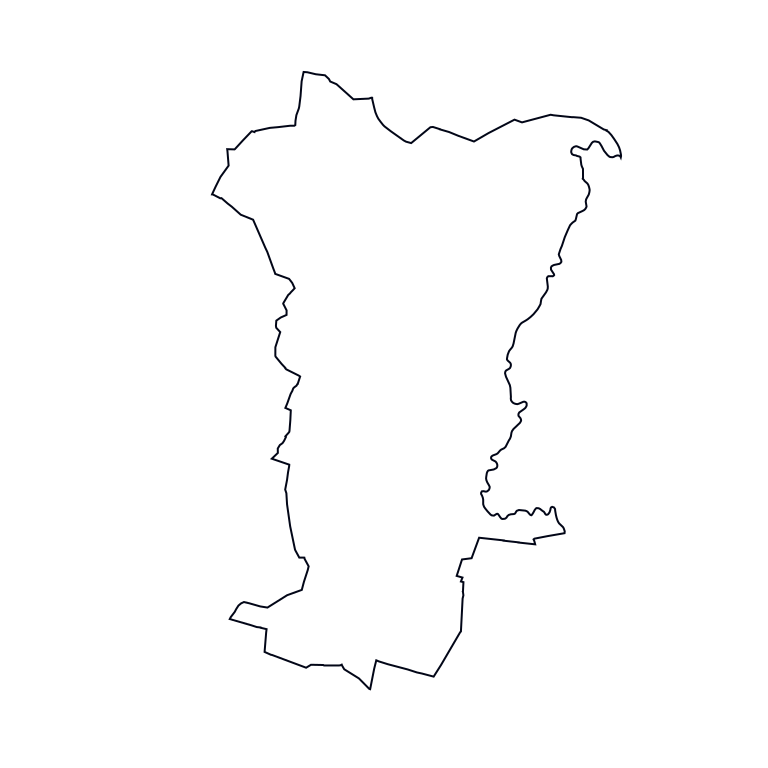 the district of Sokolku pag., Vilanu, Latvia, rotated 192°
{"feature_id": "27541924B1096385045081", "entity_name": "Sokolku pag.", "entity_type": "district", "adm_level": 2, "iso_a3": "LVA", "parent_name": "Latvia", "parent_adm1": "Vilanu", "projection": "orthographic", "projection_center": [26.989, 56.509], "detail": "fine", "context": "isolated", "style": "outline", "palette": "ink", "viewbox_px": 768, "rotation_deg": 192, "n_neighbors": 0, "source": "geoboundaries", "source_scale": "gbopen_adm2", "svg_char_len": 6151}
<svg xmlns="http://www.w3.org/2000/svg" viewBox="0 0 768 768"><g transform="rotate(192 384 384)"><path d="M591.6,533.7L590.8,533.8L582.7,531.6L581.8,532.0L581.6,532.0L574.4,528.0L569.8,525.8L559.3,519.8L546.2,517.5L528.5,492.7L525.6,488.9L516.4,474.1L513.8,470.1L513.3,469.1L498.7,467.1L494.8,463.8L491.3,459.1L492.5,457.0L494.1,454.5L494.9,452.9L496.2,451.2L499.2,442.4L499.3,441.6L494.6,435.8L493.7,431.3L498.8,427.6L502.5,423.6L501.8,418.4L501.1,416.6L496.3,413.2L497.9,397.4L496.2,389.2L495.8,388.3L488.4,382.4L483.8,379.2L483.8,378.8L482.6,378.0L469.1,374.5L467.6,373.9L468.4,366.2L468.6,366.2L469.3,364.1L470.5,362.8L471.6,361.4L471.9,360.6L472.1,359.4L472.2,358.4L472.9,356.1L473.3,354.6L474.6,344.8L475.5,340.1L469.7,338.9L468.1,329.1L466.7,318.5L466.7,317.5L467.1,316.6L469.6,312.3L468.9,311.8L469.9,307.7L470.6,305.9L471.0,305.0L473.2,302.6L474.5,298.8L473.5,294.5L478.2,287.6L459.9,285.4L459.7,284.2L459.5,277.6L458.9,270.0L458.7,260.2L456.8,256.9L453.8,246.1L446.2,225.3L436.7,203.7L436.1,202.8L430.8,196.6L425.8,197.6L425.2,196.3L419.8,190.0L419.9,186.2L421.2,173.8L421.6,165.5L434.8,157.3L451.5,141.1L458.8,140.7L470.3,141.5L475.7,141.6L478.2,139.7L480.3,137.0L481.8,133.0L482.6,130.1L485.4,124.2L486.0,122.0L463.6,120.4L457.9,119.8L454.1,120.2L454.0,119.9L447.9,119.8L447.6,116.5L445.1,97.1L438.1,95.6L437.4,95.7L401.2,90.3L397.0,94.2L385.0,96.5L384.1,96.2L370.4,99.1L368.3,99.7L367.0,100.7L366.4,99.8L363.6,96.7L347.3,90.8L335.0,82.7L334.1,82.6L334.1,82.9L334.4,103.5L334.1,112.1L331.4,111.6L321.9,110.7L301.4,109.7L291.8,108.7L286.8,108.7L274.6,108.1L269.8,121.0L257.9,157.0L257.3,157.9L262.5,190.5L262.4,193.8L263.5,196.9L263.7,197.2L263.6,197.3L265.1,206.7L267.7,206.8L267.0,211.0L273.0,211.4L271.2,228.6L262.1,231.8L259.0,253.4L234.4,255.9L234.4,255.6L219.4,257.1L219.4,256.9L202.8,258.6L204.3,261.6L205.4,263.1L204.7,264.0L192.4,269.2L176.4,275.6L176.6,277.5L178.2,280.2L179.1,281.2L183.8,284.1L185.2,285.6L186.3,287.2L187.4,289.1L188.6,291.6L190.2,295.6L190.7,297.3L192.1,298.6L194.0,298.8L195.0,297.9L195.2,297.0L195.1,295.3L195.4,292.9L196.0,291.5L196.4,290.7L197.2,290.1L198.2,289.8L199.4,290.5L200.1,291.4L201.1,292.3L202.5,292.8L205.3,294.2L206.8,294.6L208.8,294.4L209.5,293.9L210.4,292.1L211.2,289.2L212.0,287.1L212.5,286.3L213.3,286.3L214.2,286.7L217.0,288.9L218.2,289.3L219.5,289.5L225.8,288.8L227.7,287.6L228.1,286.9L228.7,285.0L229.1,284.3L229.9,283.8L232.9,282.9L234.7,281.9L235.8,280.5L236.4,278.8L237.2,277.8L237.8,277.3L240.1,276.6L241.1,276.7L241.8,277.2L242.9,278.1L244.4,279.6L245.5,280.5L246.3,280.6L247.0,280.2L249.1,278.1L251.3,277.9L252.6,278.4L256.3,281.0L259.0,283.2L260.4,284.5L261.3,285.8L262.0,287.1L262.9,291.4L263.7,293.3L264.9,295.2L266.2,296.7L266.4,298.0L265.9,299.4L264.1,299.9L262.7,299.8L261.6,300.0L260.6,300.6L259.3,302.4L259.1,303.8L259.1,304.6L259.3,305.5L260.3,306.8L262.5,309.2L263.8,311.1L264.5,312.8L264.7,314.5L264.9,318.1L264.7,319.5L264.3,320.6L263.8,321.2L258.9,323.2L256.6,325.1L256.2,326.0L256.1,327.2L256.3,328.3L256.9,329.5L257.8,330.6L258.9,331.4L262.6,332.4L263.3,332.9L263.8,333.6L264.0,334.6L263.8,335.4L263.1,336.3L262.4,336.9L259.4,338.8L258.4,339.8L256.6,343.1L255.7,344.2L253.2,346.1L252.0,347.8L250.1,354.9L249.4,356.7L249.0,359.1L249.2,362.8L249.0,364.5L248.0,366.9L243.0,374.2L242.4,375.9L242.3,376.8L242.7,377.9L243.5,379.0L245.7,380.7L246.1,381.6L246.2,382.9L245.8,384.3L242.0,388.4L240.8,389.9L240.2,391.5L240.0,392.6L240.2,393.6L240.5,394.8L241.3,395.5L242.0,395.8L243.0,395.9L244.0,395.6L248.1,392.7L249.4,392.0L250.9,391.9L252.3,392.0L253.8,392.4L255.2,393.3L256.3,394.4L256.9,395.9L257.2,397.8L259.6,406.6L260.7,409.1L266.2,416.5L267.8,419.6L267.9,420.7L267.8,421.7L267.3,422.7L265.0,424.7L264.1,425.8L263.8,427.0L263.7,428.1L263.9,429.3L264.3,430.2L265.0,431.0L267.8,432.6L268.8,433.5L269.0,434.5L269.1,438.4L268.5,442.1L267.8,443.7L266.7,445.7L266.0,447.4L265.7,450.5L265.8,461.6L265.5,463.6L264.9,466.0L263.5,469.9L262.6,471.6L261.7,472.7L258.6,475.5L256.9,477.2L254.6,480.0L252.3,483.3L249.3,489.0L248.1,492.6L247.5,494.7L247.7,497.9L247.7,500.2L244.6,507.3L243.8,510.1L243.7,511.3L244.0,513.3L246.7,521.2L246.5,522.4L245.7,523.6L241.3,524.5L240.6,525.2L240.2,525.9L240.6,526.8L244.4,530.6L244.9,532.5L244.6,533.9L243.6,534.9L242.4,535.8L237.4,538.0L236.5,539.0L235.9,540.4L236.5,542.2L239.1,545.5L240.0,547.2L239.4,552.7L238.7,556.1L237.7,565.2L236.2,572.8L235.0,578.0L233.9,579.9L233.0,581.2L230.8,583.6L230.6,585.4L230.5,590.3L229.9,591.4L225.8,594.5L224.4,595.7L223.5,597.0L222.9,598.8L222.8,599.8L224.6,604.3L224.7,606.3L224.5,607.4L223.1,611.9L223.0,614.3L223.1,616.0L223.4,617.2L224.4,619.3L225.4,621.0L226.7,622.4L229.9,624.2L231.3,625.5L232.3,626.1L232.2,627.1L234.1,635.8L235.7,637.9L236.6,639.5L238.5,645.0L238.9,646.5L240.0,647.1L242.7,647.2L243.7,647.5L246.2,647.4L247.8,647.9L248.9,649.3L249.2,650.1L249.3,651.8L249.1,653.2L248.6,654.1L247.4,655.5L245.8,656.4L245.0,656.6L243.6,656.4L237.4,655.1L234.0,655.6L233.1,657.0L230.8,663.1L229.8,664.4L228.4,665.1L227.5,665.2L224.7,665.2L223.8,665.0L222.9,664.3L220.7,662.0L217.3,657.9L213.0,654.4L210.6,653.1L209.1,653.1L207.4,653.4L206.5,653.9L205.1,655.1L203.5,656.0L202.7,656.2L201.1,656.2L200.0,655.6L199.5,654.9L199.5,656.2L199.9,657.6L201.6,661.5L203.3,664.4L205.6,667.3L209.7,671.4L213.4,674.8L216.9,677.3L219.0,678.0L218.9,678.5L222.0,678.7L238.6,684.4L246.6,685.4L254.8,684.3L255.2,684.1L273.9,682.1L277.0,682.0L303.4,668.6L311.3,669.7L333.9,651.2L346.4,639.9L362.8,642.2L372.7,644.0L382.3,644.7L382.3,644.9L389.6,645.6L392.0,644.8L407.5,625.3L412.8,625.6L415.2,626.3L429.8,632.6L437.1,636.1L438.9,637.3L441.9,639.8L444.7,642.3L446.6,644.6L448.9,648.0L451.1,652.4L454.9,660.5L455.0,661.4L455.3,661.6L456.3,661.2L458.2,660.0L473.1,656.1L492.8,667.4L499.5,668.7L501.3,670.9L505.9,673.7L515.1,672.8L523.7,673.0L527.5,672.5L527.5,663.0L525.5,648.3L524.6,637.9L524.6,635.8L525.6,628.8L525.3,623.0L524.6,618.8L525.4,618.0L529.5,617.1L541.1,613.2L548.9,610.8L562.2,604.8L563.1,603.9L563.1,603.5L565.5,603.8L566.0,603.7L572.5,593.2L578.7,582.7L579.0,582.4L586.2,581.1L585.5,579.1L581.4,565.3L587.0,552.6L589.7,542.1L591.5,534.3L591.6,533.7Z" fill="none" stroke="#020617" stroke-width="2"/></g></svg>